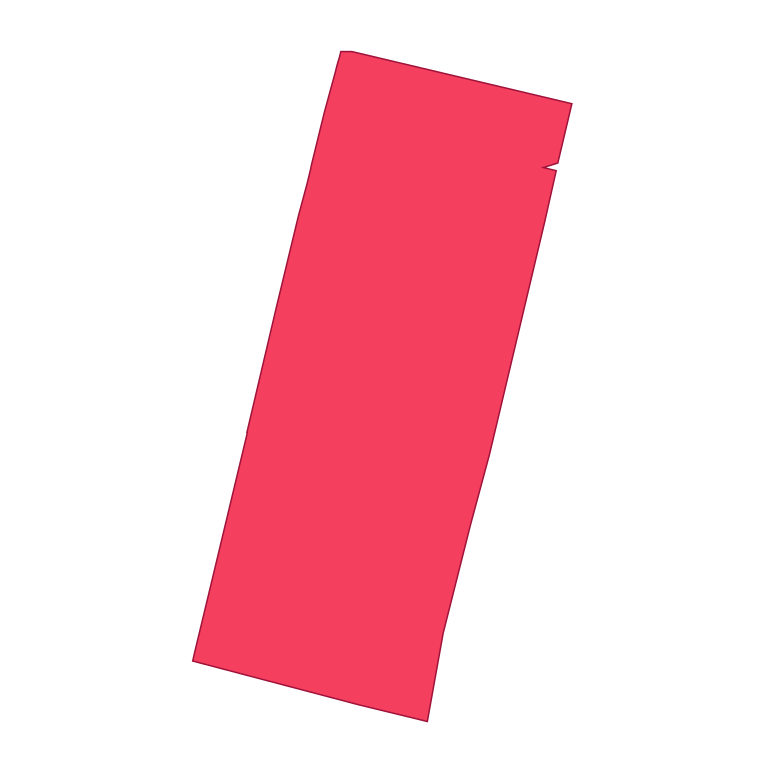 outline of Geneva, Alabama, United States of America, rotated 104°
{"feature_id": "52423323B5863423777851", "entity_name": "Geneva", "entity_type": "district", "adm_level": 2, "iso_a3": "USA", "parent_name": "United States of America", "parent_adm1": "Alabama", "projection": "equal_earth", "projection_center": [-85.923, 31.096], "detail": "fine", "context": "isolated", "style": "filled", "palette": "rose", "viewbox_px": 768, "rotation_deg": 104, "n_neighbors": 0, "source": "geoboundaries", "source_scale": "gbopen_adm2", "svg_char_len": 523}
<svg xmlns="http://www.w3.org/2000/svg" viewBox="0 0 768 768"><g transform="rotate(104 384 384)"><path d="M66.6,269.5L69.2,495.5L71.9,506.3L78.2,506.3L82.7,506.6L88.3,506.7L93.7,506.7L135.0,507.6L189.4,507.4L192.8,507.2L208.4,507.1L208.5,507.1L241.1,507.7L335.4,507.0L464.3,505.3L464.5,504.8L617.3,503.4L690.1,502.8L690.4,502.8L699.1,502.6L701.4,330.2L701.0,260.3L611.4,266.3L499.7,266.0L427.0,264.6L187.5,267.3L135.4,268.5L135.4,281.6L127.5,268.8L66.6,269.5Z" fill="#f43f5e" stroke="#9f1239" stroke-width="1.5"/></g></svg>